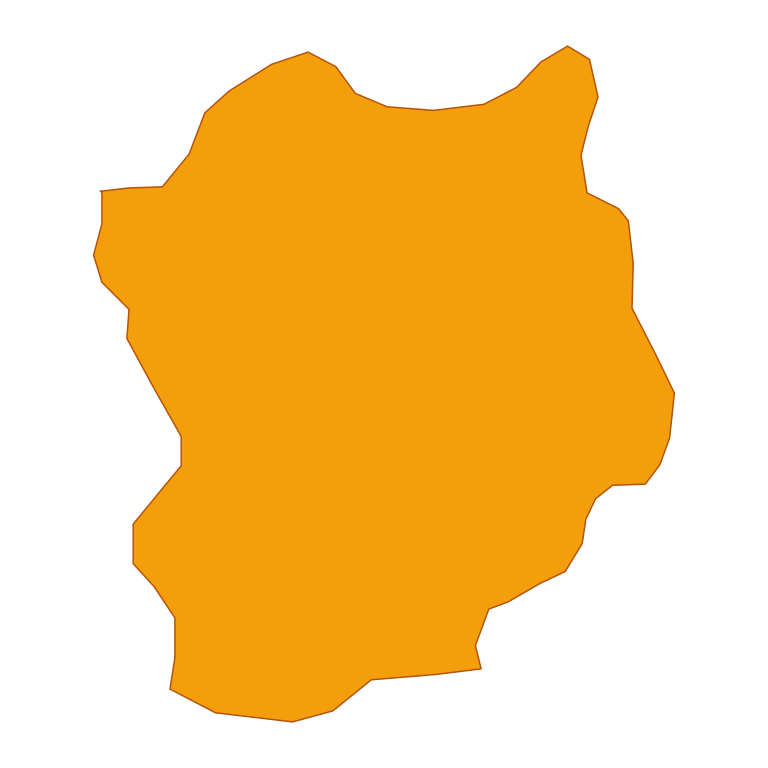 Markaryd, Kronoberg, Sweden (Mercator projection)
{"feature_id": "70781695B56962203648696", "entity_name": "Markaryd", "entity_type": "district", "adm_level": 2, "iso_a3": "SWE", "parent_name": "Sweden", "parent_adm1": "Kronoberg", "projection": "mercator", "projection_center": [13.654, 56.563], "detail": "fine", "context": "isolated", "style": "filled", "palette": "amber", "viewbox_px": 768, "rotation_deg": 0, "n_neighbors": 0, "source": "geoboundaries", "source_scale": "gbopen_adm2", "svg_char_len": 889}
<svg xmlns="http://www.w3.org/2000/svg" viewBox="0 0 768 768"><path d="M314.5,715.9L332.8,710.9L371.3,679.8L437.3,674.3L480.3,668.9L481.1,668.8L475.4,645.5L488.8,609.1L508.2,601.8L539.7,583.6L565.2,571.5L582.2,543.6L585.8,519.3L595.6,498.7L612.5,485.3L645.3,484.1L659.9,464.7L669.6,438.0L674.4,393.1L656.2,355.5L632.0,308.2L633.2,263.3L628.3,220.8L625.1,216.8L618.6,208.7L587.1,192.9L581.0,155.3L588.3,126.2L598.0,97.0L589.5,59.4L567.6,46.1L541.0,61.9L516.7,87.3L483.9,104.3L433.0,110.4L386.9,106.7L355.3,93.4L335.9,66.7L308.0,52.1L271.6,64.3L229.1,91.0L204.9,112.8L189.1,154.1L162.4,186.8L128.4,188.0L100.6,191.2L101.9,192.5L101.9,223.8L93.6,255.1L101.9,282.2L129.0,309.3L126.9,338.5L154.1,388.5L181.2,436.5L181.2,465.7L133.2,524.1L133.2,563.7L154.1,586.6L174.9,617.9L174.9,657.5L170.0,689.1L215.5,712.8L292.5,721.9L314.5,715.9Z" fill="#f59e0b" stroke="#b45309" stroke-width="1.5"/></svg>